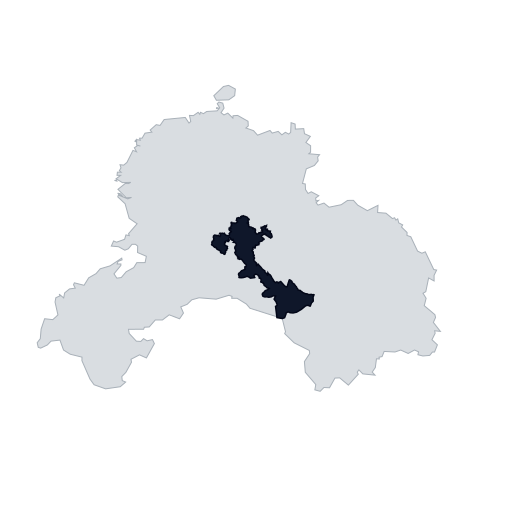 Gansu on a map of China (Albers equal-area conic projection), rotated 192°
{"feature_id": "CHN-1150", "entity_name": "Gansu", "entity_type": "Province", "adm_level": 1, "iso_a3": "CHN", "parent_name": "China", "parent_adm1": "", "projection": "albers", "projection_center": [103.309, 37.691], "detail": "fine", "context": "in_parent", "style": "filled", "palette": "ink", "viewbox_px": 512, "rotation_deg": 192, "n_neighbors": 0, "source": "natural_earth", "source_scale": "10m", "svg_char_len": 9770}
<svg xmlns="http://www.w3.org/2000/svg" viewBox="0 0 512 512"><g transform="rotate(192 256 256)"><path d="M303.2,389.7L291.8,386.1L290.6,381.6L292.5,379.1L284.5,378.1L279.6,374.5L268.4,381.7L265.7,379.6L260.2,382.5L255.9,379.9L253.0,383.1L249.4,382.1L247.8,384.1L249.4,393.7L245.2,393.2L243.9,388.3L235.8,390.5L234.0,385.7L227.7,384.3L230.8,377.4L225.5,375.2L224.2,368.9L225.6,367.0L214.9,368.3L216.3,365.6L215.0,362.0L217.7,356.7L224.9,351.7L225.6,336.6L222.8,336.7L221.4,331.3L218.1,328.0L215.3,330.3L207.1,328.0L209.7,325.1L208.8,322.4L206.3,323.4L208.3,320.6L205.9,318.7L200.5,321.9L194.7,318.9L183.3,323.9L178.0,329.4L172.3,330.7L167.1,326.9L156.5,323.5L147.2,330.9L146.1,323.8L137.8,324.9L130.3,321.0L128.4,322.2L126.6,320.2L125.1,321.8L123.3,318.1L119.0,316.9L119.7,314.6L113.1,310.4L112.6,307.5L108.6,307.0L99.0,294.4L94.3,293.2L91.3,295.3L79.3,279.7L76.4,279.8L77.8,274.1L76.6,268.6L82.6,270.4L82.5,256.4L84.9,254.3L80.8,250.0L81.1,242.4L68.8,235.8L67.6,233.2L68.7,227.9L60.0,220.6L65.7,220.0L64.7,217.7L66.5,210.7L60.1,206.8L61.4,199.2L63.5,198.7L65.4,194.9L72.0,192.9L77.1,193.1L77.1,196.1L81.4,197.0L86.9,192.3L94.9,194.1L100.1,191.0L110.8,189.3L111.8,183.8L114.6,182.6L114.0,180.9L116.8,180.5L116.1,171.7L118.2,166.6L114.8,164.2L127.0,162.9L131.7,166.0L132.8,163.5L131.4,161.6L138.8,148.9L148.8,154.2L153.4,153.0L156.7,142.4L162.2,141.5L165.1,137.0L170.6,137.3L170.8,142.7L183.6,152.5L186.7,162.8L183.2,171.7L184.2,174.7L200.6,179.0L211.8,186.0L211.4,188.1L217.4,200.4L251.0,203.6L255.4,207.0L265.7,210.7L271.0,209.6L271.0,211.5L274.2,212.0L286.0,205.5L303.0,203.3L309.7,199.8L313.3,194.4L319.0,190.6L315.1,185.1L317.7,178.7L328.7,180.4L334.2,174.0L341.2,172.5L345.7,164.4L350.4,163.1L350.7,161.0L365.5,157.8L363.9,153.8L355.3,147.8L350.9,148.5L348.8,151.8L344.9,150.4L339.9,152.7L337.2,149.2L342.0,133.5L349.4,135.1L356.8,129.0L355.7,126.2L359.1,115.1L362.2,110.2L360.9,106.3L357.3,105.6L361.6,99.9L375.5,94.8L387.6,96.4L392.8,101.1L404.5,117.4L405.2,120.9L417.3,121.3L424.7,124.0L430.3,133.0L438.8,130.1L441.6,125.6L447.5,121.1L450.0,121.4L452.0,125.7L449.8,130.3L451.0,139.8L449.7,150.7L441.5,151.5L437.5,157.2L443.0,169.2L443.1,173.6L439.4,176.3L440.6,177.8L435.4,175.0L435.5,180.1L431.6,185.0L426.1,187.0L428.5,189.9L428.1,192.0L418.1,191.6L415.1,199.9L408.8,205.5L405.7,211.1L396.7,216.0L386.9,226.0L386.2,224.4L389.8,222.0L390.2,219.3L386.5,220.1L386.2,218.7L391.2,209.0L387.5,205.4L383.3,206.9L379.7,213.6L373.2,219.2L371.2,224.7L363.1,226.5L363.2,232.9L372.6,234.8L373.8,241.1L376.4,242.4L379.7,241.7L382.4,236.5L385.5,234.4L392.4,236.5L399.6,235.6L398.4,241.1L395.3,240.5L388.0,245.0L387.6,249.6L384.2,249.6L385.3,251.4L379.0,262.8L387.9,266.5L394.9,279.9L403.5,285.1L403.3,287.0L393.3,285.2L389.9,287.4L395.0,286.0L404.9,292.5L399.0,299.7L395.6,300.4L393.8,302.0L401.9,300.0L408.9,302.5L405.2,306.7L408.7,306.0L409.0,309.2L405.3,309.9L407.4,311.1L406.4,314.1L408.0,317.0L404.3,317.4L401.7,320.7L398.3,333.7L394.5,333.1L397.5,336.6L394.6,339.6L391.9,339.5L395.9,339.8L396.9,345.1L393.2,345.2L394.4,347.0L391.9,347.6L390.1,353.1L383.6,355.5L385.7,357.2L380.9,363.7L377.0,363.8L374.2,370.4L354.0,376.8L349.2,372.1L347.8,374.0L350.3,379.7L346.4,380.3L342.5,384.5L340.4,382.9L340.2,385.0L337.0,384.3L334.3,387.1L324.2,389.9L322.3,393.4L325.6,396.9L324.3,398.9L320.3,398.6L318.0,394.0L320.0,388.9L316.7,387.3L313.3,389.9L307.3,386.1L307.6,388.4L303.2,389.7ZM327.1,400.1L330.6,404.0L323.1,415.0L318.3,417.2L310.9,415.0L310.2,408.4L315.1,403.1L327.1,400.1ZM404.4,288.7L401.7,288.7L399.0,286.9L401.0,286.9L404.4,288.7ZM410.1,300.5L408.2,301.3L407.6,300.3L410.1,300.5ZM398.3,343.1L397.4,344.7L397.3,342.8L398.3,343.1ZM323.3,392.9L325.3,392.0L325.3,393.0L323.3,392.9Z" fill="#d9dde1" stroke="#a8b0b8" stroke-width="1"/><path d="M217.3,200.3L222.7,200.1L226.4,210.8L225.1,212.0L225.1,212.6L226.9,215.4L229.3,217.5L229.3,217.9L228.5,220.8L231.0,220.7L232.6,219.2L234.9,218.3L237.2,218.3L238.4,217.9L239.1,217.8L240.7,218.0L241.0,218.2L241.9,219.7L241.9,220.4L241.8,220.9L240.5,222.5L239.8,224.0L237.8,225.3L237.1,225.9L236.4,227.0L238.7,227.2L239.8,228.1L241.8,228.9L242.2,229.4L242.4,230.3L243.4,230.7L243.7,231.4L245.8,231.5L246.0,232.1L245.9,233.4L246.1,234.1L247.3,235.2L247.7,235.3L248.1,235.0L248.4,235.2L248.4,235.9L248.8,236.6L249.3,236.9L249.1,237.2L249.2,237.4L249.8,237.5L251.0,238.1L252.7,238.1L254.1,236.4L252.7,234.7L252.8,234.6L256.7,233.2L257.1,233.2L258.1,233.8L260.6,234.3L261.8,233.4L264.1,232.2L266.1,231.6L268.0,231.4L268.2,231.5L268.2,232.5L269.3,234.4L269.3,235.1L269.0,235.8L268.3,236.3L267.7,237.5L267.0,238.6L263.9,240.7L264.3,241.4L264.6,243.1L263.6,243.5L263.6,244.4L263.8,245.6L265.6,246.4L268.7,249.2L269.7,249.8L270.8,249.7L271.3,249.3L273.0,249.6L272.8,249.9L273.1,250.3L272.4,250.8L272.5,251.2L273.0,251.4L273.4,251.0L274.0,251.3L274.5,252.3L274.9,252.7L275.8,253.0L276.4,253.5L277.4,255.0L277.5,255.2L276.8,255.6L276.7,256.0L277.1,257.2L277.7,258.4L278.3,259.1L278.5,260.0L278.4,261.2L277.7,261.9L277.6,262.9L278.4,264.3L279.4,264.8L280.6,264.7L280.3,265.0L280.4,265.3L281.4,266.6L281.6,266.7L282.2,266.3L283.2,266.7L281.9,267.0L281.9,267.4L282.7,267.2L284.0,267.3L285.0,268.5L285.5,268.6L286.1,267.9L286.2,267.3L286.3,266.6L285.8,266.4L285.6,266.0L286.3,265.9L285.9,265.3L285.8,264.5L286.6,264.3L287.6,264.5L287.9,264.8L289.2,263.8L288.7,262.9L289.3,262.5L289.1,262.2L289.3,262.0L289.3,261.0L288.4,260.0L287.8,260.0L286.8,259.4L286.0,259.5L285.8,259.2L286.0,258.7L285.9,257.9L285.5,257.4L285.9,257.1L285.9,255.6L286.3,255.4L286.7,255.3L287.0,254.7L286.9,254.4L286.4,253.6L286.8,252.9L286.7,252.3L286.8,251.3L287.0,251.1L287.5,251.0L288.8,251.9L290.2,251.7L291.1,251.9L291.4,252.1L291.5,253.5L293.0,253.7L293.4,254.1L294.4,254.2L295.8,254.7L296.3,255.4L296.9,255.6L297.0,256.1L297.9,256.3L298.3,256.0L298.5,256.3L299.3,256.4L299.9,257.1L301.2,257.4L301.8,257.9L301.8,258.4L301.5,259.0L302.0,260.0L301.9,261.2L300.6,262.4L300.9,263.1L300.9,264.3L301.6,265.3L301.7,266.7L301.0,267.8L299.3,268.0L298.9,267.7L298.4,267.8L297.1,268.4L296.9,268.1L295.4,267.7L295.4,268.2L294.9,268.6L295.6,269.8L296.3,270.5L296.2,270.7L295.4,270.9L294.3,270.9L293.8,271.3L292.4,271.2L291.7,271.7L290.5,270.4L289.7,270.2L289.4,270.0L287.0,270.1L286.4,270.6L286.4,271.5L286.9,272.2L286.8,272.5L286.4,273.3L286.0,273.6L285.2,274.7L285.6,275.2L286.5,275.2L287.3,275.6L287.9,276.4L288.0,277.5L287.1,277.3L286.6,277.5L287.1,277.7L287.3,278.6L286.9,278.8L286.2,280.5L286.3,280.9L286.7,281.1L286.5,281.5L286.6,282.3L287.3,283.1L287.2,283.7L286.7,283.9L286.3,283.4L286.1,283.3L285.3,283.4L284.4,283.8L284.0,283.7L283.8,283.4L283.2,283.4L282.9,283.9L282.0,284.4L281.7,285.2L281.1,285.4L281.1,285.8L281.3,286.3L282.7,286.9L282.5,287.5L282.6,288.6L282.5,289.1L280.8,290.0L279.4,289.7L278.9,289.9L278.6,290.4L279.1,291.3L277.9,292.3L277.3,292.1L276.7,292.7L276.2,292.3L275.2,292.6L274.5,292.3L273.1,292.2L272.5,291.9L271.3,290.9L270.5,290.6L270.3,290.2L270.4,289.9L270.7,289.6L271.2,289.5L271.4,288.8L270.4,287.4L270.3,286.6L271.1,286.3L270.4,285.9L269.5,284.8L269.5,283.9L269.3,283.5L268.9,283.2L266.4,283.2L265.5,282.8L264.7,282.9L264.6,282.7L264.9,282.0L264.8,281.9L263.6,282.4L262.4,282.2L262.1,281.9L262.2,281.3L261.8,280.9L261.8,278.9L260.8,278.4L260.1,277.6L259.0,277.8L258.6,278.3L257.7,278.8L257.6,279.0L258.0,279.2L258.0,279.4L256.7,279.6L256.1,280.4L255.4,280.4L254.6,280.7L255.3,281.8L255.1,282.0L255.7,282.4L255.4,282.7L255.8,282.7L255.7,283.3L255.9,283.7L256.8,284.3L256.6,284.5L256.8,285.0L256.6,285.0L256.1,285.5L255.4,285.7L255.0,286.2L254.3,286.4L254.0,287.2L253.1,287.2L252.1,288.0L252.1,287.5L251.9,286.9L252.4,286.2L252.7,285.4L252.4,284.2L251.7,283.7L251.6,284.4L251.1,284.6L250.4,284.6L250.0,283.3L249.6,282.8L248.6,283.3L247.5,283.0L247.1,283.2L247.0,282.1L246.8,281.4L245.9,281.1L245.5,280.7L244.4,278.6L244.3,278.1L244.5,277.5L245.5,276.6L246.4,277.1L247.8,277.4L248.3,277.8L250.1,278.3L250.5,278.4L250.7,278.9L251.7,279.6L252.4,278.8L253.0,278.9L254.0,277.7L254.5,277.6L254.9,276.9L254.5,275.8L253.9,275.4L253.1,275.2L252.8,274.2L252.1,274.6L251.9,274.5L251.6,273.9L252.3,273.3L252.7,273.4L252.9,272.3L253.5,271.7L254.0,271.6L254.9,270.9L255.4,270.7L255.8,270.0L256.2,269.7L256.2,269.4L255.8,268.8L255.4,268.6L255.7,268.1L255.7,267.5L256.6,267.4L257.4,266.5L258.6,266.6L258.8,265.7L258.5,264.5L258.6,263.7L259.0,263.8L259.2,263.6L259.6,263.6L260.6,263.8L260.6,262.9L260.8,262.4L260.3,261.7L261.1,260.4L260.0,259.5L259.5,259.4L259.2,257.8L258.6,256.8L257.9,256.3L257.9,255.9L258.5,255.6L258.5,255.2L257.0,253.7L257.2,252.5L257.6,252.3L257.6,251.9L256.8,250.8L256.2,250.6L255.2,249.7L254.7,249.6L254.0,249.1L254.0,248.8L254.2,248.4L253.7,247.8L253.5,246.7L253.3,246.7L252.5,247.7L252.3,248.5L252.1,248.5L251.6,247.9L248.8,246.0L247.1,244.5L244.2,243.2L243.8,242.0L243.5,241.6L242.1,241.2L240.9,239.6L240.6,239.6L240.4,240.4L240.9,241.3L240.9,242.1L240.4,241.5L239.8,241.1L238.4,240.6L236.8,239.2L236.4,238.4L233.7,235.7L233.6,235.0L232.9,234.9L232.5,234.4L231.6,234.0L231.3,234.0L231.0,234.6L230.3,235.0L229.2,234.9L228.8,234.4L228.4,234.3L227.9,235.1L226.5,236.2L221.8,232.7L220.3,232.2L219.4,232.2L219.0,232.9L219.1,233.9L218.9,235.1L218.9,236.2L218.8,236.7L218.6,237.0L218.7,237.8L218.5,239.4L218.4,239.6L218.2,239.7L217.1,239.4L215.6,238.6L215.4,238.3L215.5,237.8L214.1,236.9L213.5,236.8L212.4,236.3L212.2,235.7L211.4,235.3L210.7,234.5L210.1,234.3L209.3,233.1L208.6,232.7L207.6,231.4L205.5,231.5L204.9,231.0L203.6,230.6L203.0,230.0L199.7,229.4L198.0,229.6L196.9,229.2L196.2,229.4L195.4,229.4L194.6,229.8L193.6,230.0L192.6,229.8L191.8,230.2L191.2,230.1L191.6,227.5L190.7,224.1L190.7,223.6L192.0,221.6L192.5,218.3L193.2,218.2L194.9,218.6L197.0,217.7L200.4,213.4L204.6,209.5L207.9,208.0L210.9,207.6L212.7,208.0L213.3,207.8L214.7,206.5L214.6,205.4L215.2,201.6L217.3,200.3Z" fill="#0f172a" stroke="#020617" stroke-width="1.5"/></g></svg>